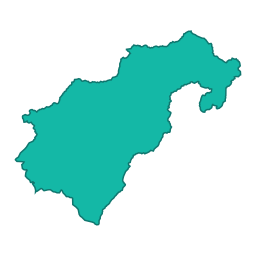 Mariscal Nieto, Moquegua, Peru
{"feature_id": "86281439B75994563843922", "entity_name": "Mariscal Nieto", "entity_type": "district", "adm_level": 2, "iso_a3": "PER", "parent_name": "Peru", "parent_adm1": "Moquegua", "projection": "mercator", "projection_center": [-70.73, -17.055], "detail": "fine", "context": "isolated", "style": "filled", "palette": "teal", "viewbox_px": 256, "rotation_deg": 0, "n_neighbors": 0, "source": "geoboundaries", "source_scale": "gbopen_adm2", "svg_char_len": 5722}
<svg xmlns="http://www.w3.org/2000/svg" viewBox="0 0 256 256"><path d="M217.1,108.8L219.3,108.2L221.5,106.4L222.2,105.4L222.9,103.0L223.5,102.1L225.3,101.0L225.2,99.2L225.7,97.8L225.5,96.4L225.8,95.8L225.9,88.0L226.6,87.7L227.2,86.5L229.1,86.0L230.9,84.2L231.6,82.1L231.0,81.4L232.0,80.3L233.3,80.0L233.7,79.1L234.9,78.6L234.4,76.9L235.9,76.5L238.4,76.7L239.9,75.1L240.6,74.8L240.4,71.6L239.3,70.4L238.4,70.0L238.1,68.1L240.2,65.9L239.7,62.9L239.2,61.8L238.3,61.3L237.9,60.2L236.8,59.8L236.2,58.8L235.0,59.3L232.2,58.2L231.2,60.0L229.1,60.0L227.1,61.4L226.8,62.3L226.3,62.7L225.0,62.3L223.6,61.4L222.0,60.0L221.0,59.7L218.5,58.3L217.7,57.0L216.8,56.2L215.3,56.3L214.1,55.8L213.6,55.1L213.6,53.8L212.5,52.7L213.0,51.1L212.4,49.1L212.6,47.4L211.8,46.7L211.7,44.5L211.1,43.5L208.7,43.8L205.6,39.6L204.8,39.1L204.3,38.4L202.0,38.1L197.2,36.1L195.2,34.7L193.0,33.9L191.1,32.2L191.2,31.2L188.5,31.3L185.9,32.7L185.2,33.5L183.9,33.8L183.2,36.5L182.1,36.8L181.7,38.1L180.7,38.6L179.5,40.2L178.1,41.3L176.9,41.7L176.1,41.6L174.6,42.4L172.7,41.6L171.7,42.8L170.5,42.7L167.7,45.9L166.6,46.6L163.2,46.4L162.7,45.9L162.1,46.3L160.0,46.3L158.9,47.1L156.1,46.1L153.9,46.8L153.0,47.6L152.2,47.8L151.6,47.5L150.1,48.1L149.1,47.2L147.6,47.2L147.0,45.9L145.9,45.2L144.9,45.3L143.7,45.8L142.9,46.5L141.2,46.8L140.4,46.6L140.3,46.0L139.8,46.0L139.6,45.7L138.9,45.8L137.9,45.3L136.6,45.7L134.2,45.3L133.9,45.0L133.3,45.8L132.3,46.4L130.9,48.7L126.5,49.3L126.5,49.8L127.2,50.1L127.8,51.1L129.0,51.6L130.3,53.5L129.8,53.7L127.7,56.8L126.3,57.9L124.4,58.3L123.4,57.4L122.6,57.7L121.4,59.1L120.9,59.2L120.9,61.0L119.8,63.8L119.8,66.6L119.2,67.9L118.5,70.9L118.5,73.2L117.5,74.7L117.0,76.0L114.8,77.0L112.7,77.4L111.1,80.0L109.9,79.9L107.3,80.6L106.1,81.5L105.2,81.3L103.6,81.4L103.0,82.1L100.6,81.4L99.4,82.6L98.2,82.5L97.6,82.1L96.5,82.6L94.8,81.9L93.2,82.0L92.6,81.7L91.0,82.7L89.3,82.6L88.3,81.4L87.6,81.5L85.1,80.4L82.8,81.2L81.8,81.0L80.3,79.2L78.8,78.7L76.9,79.3L74.6,79.5L74.2,81.0L73.5,82.0L72.0,82.1L71.7,82.8L71.9,83.7L71.2,85.0L70.2,85.3L68.3,87.4L68.1,88.1L66.5,89.2L66.4,90.0L65.8,91.2L64.5,91.6L63.9,92.9L63.0,93.4L62.6,94.8L62.0,95.1L61.1,96.5L59.9,97.6L59.9,99.0L59.4,100.2L59.6,100.6L58.4,103.2L57.7,103.6L56.8,103.7L54.9,102.9L53.8,102.9L52.4,104.3L52.2,105.1L50.4,106.0L50.0,106.6L48.1,107.1L46.6,106.8L44.4,108.6L43.3,108.8L42.3,108.5L41.1,109.4L39.5,109.5L39.0,110.2L38.3,110.3L36.8,112.0L35.3,110.8L34.4,110.4L33.4,110.5L32.2,109.6L31.0,109.7L29.6,110.5L29.5,111.6L30.3,112.7L30.3,113.3L28.7,115.2L27.2,115.3L25.2,114.6L22.8,115.8L22.5,116.5L22.6,117.8L22.7,118.4L23.4,119.2L24.0,122.2L26.1,121.9L26.4,121.3L27.2,121.1L27.4,122.0L28.4,122.8L29.3,122.9L31.2,122.3L32.5,124.2L34.4,125.6L34.4,126.0L33.3,128.0L33.5,128.6L34.9,129.4L35.2,130.6L34.9,131.7L35.8,132.1L36.0,133.3L37.0,134.1L36.9,134.7L36.2,136.0L35.5,136.6L34.8,137.7L35.1,138.2L34.9,138.9L33.8,139.8L33.4,140.8L32.2,141.6L29.3,142.8L28.7,143.5L26.4,147.2L24.7,149.1L20.4,153.0L18.4,157.1L16.1,158.6L15.4,159.8L16.9,161.4L21.4,161.6L24.0,162.0L23.2,163.4L21.8,164.6L22.4,168.5L23.8,169.6L25.4,170.0L26.5,169.7L27.0,170.1L27.0,170.7L26.3,171.5L25.8,172.9L25.4,176.1L27.2,178.2L29.8,180.2L30.4,182.2L30.8,182.5L32.8,181.8L34.2,182.8L34.1,183.1L32.8,183.3L32.5,183.7L34.9,187.3L35.6,190.2L35.5,192.2L36.0,191.5L37.3,191.1L41.0,188.5L41.8,188.7L44.0,190.7L48.0,189.8L50.4,189.7L53.3,191.8L55.2,192.0L57.0,192.8L59.5,192.8L60.9,190.3L61.6,190.1L62.1,190.6L63.3,193.2L64.6,194.3L66.4,196.6L68.4,196.6L70.1,197.6L71.7,197.6L72.6,198.3L72.8,204.6L76.1,207.1L78.2,209.4L79.2,214.4L80.5,216.4L81.5,216.9L84.9,220.3L92.4,222.1L94.4,223.0L95.0,224.0L96.8,224.8L98.5,224.5L99.0,223.6L99.1,220.4L100.2,218.5L100.2,217.3L100.7,215.7L102.2,213.7L102.2,212.5L102.6,211.6L102.4,210.4L102.8,209.5L104.9,208.1L105.3,206.8L106.5,206.1L106.5,205.6L108.4,204.4L109.6,203.1L109.8,202.4L111.7,199.7L113.7,198.1L114.9,196.3L116.2,195.2L116.8,194.0L117.5,193.8L118.4,192.3L119.9,191.9L120.9,190.7L122.3,190.2L122.9,187.7L125.1,185.4L125.3,184.3L124.2,183.5L123.9,182.5L123.3,182.1L122.7,180.9L122.8,179.2L123.6,176.1L125.6,171.5L128.0,169.1L128.3,168.1L130.0,166.3L129.9,166.0L128.8,165.5L128.4,163.4L128.7,162.9L130.2,162.4L130.7,160.3L131.9,158.1L132.7,157.8L133.4,155.9L133.3,155.4L135.3,154.6L136.1,153.7L136.8,153.7L138.5,152.9L141.2,153.2L141.8,153.7L143.7,152.8L144.9,153.8L145.6,153.2L146.6,153.1L149.3,151.7L150.7,150.4L153.4,151.0L154.2,149.1L156.4,147.1L157.7,146.2L158.7,144.6L159.4,142.1L160.9,140.3L161.6,138.3L162.8,136.8L162.8,135.3L163.4,133.5L165.1,132.6L167.0,133.1L167.9,132.2L169.3,132.3L170.0,131.9L170.4,129.0L171.5,127.0L170.7,126.2L170.0,123.4L169.3,122.7L169.3,121.7L168.0,120.9L167.8,119.5L168.1,118.3L169.7,116.2L170.9,113.0L170.7,112.4L168.9,111.3L167.5,109.7L168.1,108.1L168.9,107.9L169.2,107.3L168.9,106.4L168.4,106.2L169.5,104.6L169.5,102.5L171.1,101.3L171.0,100.5L169.8,99.4L170.2,98.3L169.7,96.3L170.8,95.1L171.3,92.7L172.5,92.7L174.4,91.3L176.3,91.1L177.5,89.3L179.9,88.8L180.8,88.0L181.3,86.4L182.0,85.9L182.5,86.1L183.8,85.7L184.0,84.9L184.4,84.6L185.0,84.5L186.2,84.8L187.8,83.8L189.5,83.4L190.4,82.8L190.4,82.2L191.4,81.9L192.0,81.8L192.9,82.6L194.5,83.2L197.9,81.4L198.4,81.5L198.8,81.8L198.5,82.9L199.3,83.8L200.3,84.2L200.5,85.9L201.4,86.6L205.2,87.9L206.8,87.9L208.1,87.6L209.7,89.2L210.9,88.8L211.7,89.1L211.3,91.9L209.7,92.5L209.2,93.0L208.0,92.6L207.0,92.9L205.6,94.0L205.2,95.4L204.4,95.6L202.9,95.1L202.0,96.0L201.0,98.7L200.6,100.8L199.5,103.1L199.8,104.4L199.5,105.8L200.3,107.4L200.3,109.0L201.0,110.5L202.6,111.8L204.1,112.2L204.9,112.0L205.0,111.0L206.0,110.1L207.0,109.6L209.4,109.5L211.7,107.7L212.3,105.1L212.9,104.5L213.5,105.2L216.8,106.1L216.9,106.8L216.3,107.9L217.1,108.8Z" fill="#14b8a6" stroke="#0f766e" stroke-width="1.5"/></svg>